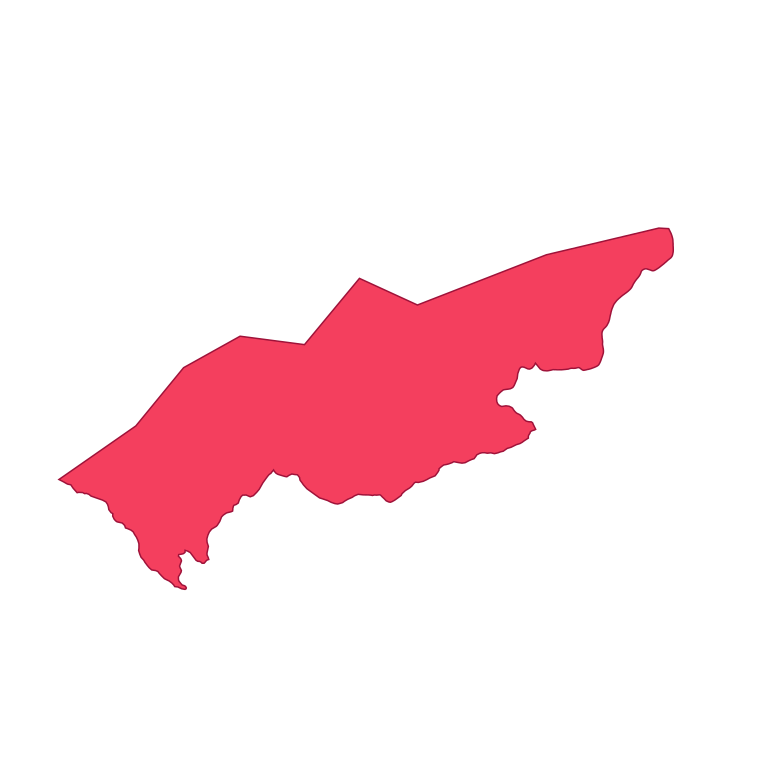 outline of Taklai, Geylegphug, Bhutan, rotated 146°
{"feature_id": "84629894B24283524280478", "entity_name": "Taklai", "entity_type": "district", "adm_level": 2, "iso_a3": "BTN", "parent_name": "Bhutan", "parent_adm1": "Geylegphug", "projection": "orthographic", "projection_center": [90.652, 26.809], "detail": "fine", "context": "isolated", "style": "filled", "palette": "rose", "viewbox_px": 768, "rotation_deg": 146, "n_neighbors": 0, "source": "geoboundaries", "source_scale": "gbopen_adm2", "svg_char_len": 6033}
<svg xmlns="http://www.w3.org/2000/svg" viewBox="0 0 768 768"><g transform="rotate(146 384 384)"><path d="M283.6,261.6L282.9,266.7L282.5,268.9L283.1,270.3L284.9,271.6L286.8,273.6L287.7,276.2L287.8,279.1L288.3,281.9L288.9,283.2L289.6,284.4L290.4,285.8L290.9,288.3L291.0,290.6L290.9,291.8L291.2,293.0L292.7,295.6L295.1,297.7L297.6,298.9L298.9,299.5L299.6,300.4L300.2,301.4L300.5,302.3L300.8,304.1L300.3,306.4L298.8,309.0L296.8,311.0L293.7,311.8L291.2,312.2L289.7,312.3L288.3,312.4L286.7,311.7L283.7,310.2L281.9,309.4L280.6,309.2L279.1,309.1L277.8,309.6L276.7,310.1L275.3,311.0L272.2,313.0L270.6,314.0L269.0,315.8L267.4,317.7L266.2,318.6L263.9,320.3L262.8,321.0L261.0,321.3L259.9,320.9L258.4,319.5L257.1,317.4L256.3,316.1L255.5,315.4L254.8,314.9L253.7,314.7L252.6,314.5L251.5,314.7L248.8,315.5L246.8,316.6L246.4,312.5L246.1,309.1L245.2,307.3L244.5,306.2L243.6,305.4L242.6,304.6L241.6,303.8L240.5,303.2L239.3,302.7L238.1,302.2L237.0,301.8L235.8,301.4L234.8,300.6L233.7,299.9L232.7,299.1L231.7,298.4L230.6,297.7L229.6,297.0L228.5,296.3L227.4,295.7L226.3,295.1L225.2,294.5L224.0,293.9L222.9,293.3L221.7,293.0L220.5,292.6L219.4,292.0L218.4,291.2L217.3,290.5L216.2,289.9L215.0,289.5L213.8,289.0L212.9,288.2L212.5,287.0L212.1,285.8L211.6,284.6L210.8,283.7L209.7,283.2L208.5,282.7L207.3,282.3L206.2,281.8L205.0,281.4L203.8,281.0L202.5,280.7L201.3,280.4L200.0,280.1L198.8,279.9L197.5,279.7L196.3,279.7L195.1,279.9L193.9,280.5L192.8,281.1L191.7,281.8L190.7,282.5L189.7,283.3L188.6,284.1L187.6,284.8L186.6,285.6L185.6,286.4L184.7,287.2L183.9,288.2L183.2,289.3L182.6,290.4L182.1,291.6L181.6,292.7L181.1,293.9L180.5,295.0L179.7,296.0L179.0,297.0L178.4,298.1L177.8,299.3L177.3,300.4L176.6,301.5L176.0,302.6L175.3,303.7L174.5,304.7L173.6,305.5L172.5,306.2L171.3,306.7L170.1,307.0L168.8,307.2L167.6,307.5L166.4,307.9L165.3,308.5L164.2,309.1L163.1,309.7L162.1,310.5L161.1,311.3L160.2,312.2L159.3,313.1L158.4,314.0L157.5,314.8L156.5,315.7L155.6,316.6L154.7,317.4L153.7,318.2L152.7,319.0L151.6,319.7L150.6,320.4L149.5,321.1L148.4,321.7L147.2,322.1L146.0,322.5L144.8,322.9L143.6,323.2L142.3,323.4L141.1,323.6L139.8,323.7L138.6,323.9L137.3,324.0L136.0,324.1L134.8,324.1L133.5,324.2L132.3,324.2L131.0,324.3L129.7,324.4L128.5,324.6L127.2,324.8L126.0,325.1L124.8,325.5L123.7,326.1L122.6,326.7L121.5,327.4L120.3,327.9L119.2,328.4L118.0,328.9L116.8,329.3L115.6,329.7L114.4,330.0L113.2,330.4L112.0,330.8L110.9,331.3L109.7,332.0L108.7,332.7L107.7,333.5L106.5,333.9L105.2,333.9L103.9,333.7L102.8,333.3L101.8,332.5L101.0,331.5L100.2,330.5L99.4,329.5L98.7,328.4L97.8,327.5L96.7,327.0L95.4,326.8L93.3,326.7L92.0,326.7L90.8,326.7L89.5,326.8L88.3,326.9L87.0,327.0L85.7,327.1L84.5,327.2L83.2,327.4L82.0,327.5L80.7,327.7L79.5,327.9L78.2,328.0L76.9,328.1L75.6,328.2L74.4,328.6L73.3,329.1L72.3,329.9L71.4,330.8L70.5,331.7L69.7,332.7L69.0,333.7L68.3,334.8L67.6,335.9L67.0,337.0L66.3,338.0L65.6,339.1L65.0,340.2L64.3,341.3L63.7,342.4L63.2,343.6L62.8,344.8L62.4,346.0L62.1,347.2L61.8,348.4L61.1,353.6L69.0,359.6L136.8,385.1L177.0,400.3L312.1,430.8L345.3,485.3L427.9,461.1L476.6,504.1L541.0,509.6L613.2,488.0L706.9,486.6L704.4,482.1L702.8,478.8L702.1,477.7L700.0,475.6L700.0,471.4L699.2,465.5L697.7,464.9L694.5,462.5L693.5,460.5L691.9,459.7L690.3,457.5L689.6,455.0L687.1,451.6L682.3,445.2L680.5,441.8L680.5,438.8L681.2,436.3L682.4,433.7L682.2,429.9L681.3,428.2L682.8,426.2L683.3,422.8L683.0,420.6L682.4,419.0L680.2,416.7L678.7,415.0L678.1,411.8L678.8,409.2L677.6,407.7L675.5,404.4L674.6,401.7L674.9,398.7L674.9,395.5L675.4,392.4L676.5,388.6L678.9,385.0L680.5,383.2L681.6,379.6L682.3,376.2L681.7,372.2L681.9,369.9L681.7,365.9L681.4,363.0L680.6,359.8L677.6,357.0L676.3,355.0L676.2,352.7L675.7,349.4L674.9,345.4L673.2,342.4L672.3,340.9L671.2,337.8L670.7,335.0L670.8,333.1L668.4,331.0L666.3,327.4L663.8,325.0L662.6,324.9L661.9,325.5L661.7,327.2L662.3,328.5L663.7,330.2L664.0,332.3L664.2,335.1L663.9,336.5L662.3,339.1L657.6,341.4L656.3,342.6L656.0,344.1L655.8,345.7L655.3,347.4L650.8,350.6L650.3,352.1L650.2,353.1L650.4,354.3L650.7,356.2L649.6,357.4L646.6,356.0L645.0,355.5L643.1,355.7L641.9,357.4L640.0,354.9L639.5,353.7L638.9,352.8L638.5,345.2L638.4,342.9L637.5,341.1L636.0,339.9L635.3,338.5L635.1,337.2L633.4,336.0L632.4,336.2L629.7,337.0L628.3,336.8L627.4,336.5L626.8,338.4L626.3,341.2L625.3,342.8L620.4,347.6L619.2,351.7L617.5,354.6L614.6,357.1L611.6,359.0L608.0,360.1L602.6,359.8L601.2,360.1L597.0,361.9L592.9,364.7L590.4,365.2L586.6,365.2L582.3,363.6L580.6,363.3L579.6,364.4L579.0,365.3L577.1,367.0L576.2,367.4L574.1,366.8L571.4,366.8L568.7,368.9L565.4,370.6L563.3,370.9L561.5,369.7L560.4,369.1L559.2,367.2L558.0,365.3L554.7,364.5L550.1,365.4L546.3,366.5L539.7,369.8L535.1,371.5L532.0,372.6L529.8,373.2L527.7,373.2L525.4,374.0L523.6,374.5L523.8,373.3L523.4,370.3L522.5,368.5L521.4,367.1L519.3,364.5L517.6,362.5L516.4,361.4L513.7,361.4L510.7,360.9L508.9,359.1L506.5,357.1L506.3,353.6L506.8,352.7L507.4,351.1L507.2,348.1L507.2,345.6L506.5,340.4L505.8,338.4L503.1,331.0L501.1,325.6L499.1,323.1L495.9,318.9L494.0,315.5L491.6,312.3L489.5,310.4L486.9,309.5L484.6,308.8L482.1,308.9L478.6,308.7L473.7,307.8L470.9,307.8L467.1,307.0L463.2,303.7L458.9,300.7L456.8,299.0L456.0,298.1L453.9,297.3L452.3,296.0L449.8,294.7L449.0,293.9L448.5,291.0L448.1,289.4L447.5,285.9L446.0,283.5L444.8,282.4L443.3,282.0L440.1,281.7L436.7,281.8L432.1,282.0L430.4,283.0L427.8,283.4L425.8,283.7L421.7,283.5L420.6,283.5L418.1,283.8L414.3,285.0L412.8,285.0L410.6,283.2L408.5,282.4L405.9,281.4L402.1,280.8L398.6,280.5L392.9,279.3L388.9,280.7L386.6,281.8L385.7,283.0L382.5,283.4L379.8,283.5L377.3,282.4L375.1,281.6L371.5,280.7L369.6,280.6L366.5,277.5L363.6,274.8L360.8,273.4L356.2,272.9L353.5,272.4L351.1,271.7L347.7,272.9L346.8,273.4L343.4,273.0L341.2,272.2L338.9,270.7L337.1,268.9L333.9,267.2L331.4,264.5L328.0,263.2L325.4,262.6L322.7,261.6L317.8,261.7L314.1,260.5L308.2,259.7L304.6,258.6L302.1,258.4L300.2,258.5L299.1,258.5L296.7,258.5L294.6,258.4L293.6,259.9L292.6,260.7L290.5,261.6L289.6,262.4L288.1,262.6L286.8,262.3L284.9,261.7L283.6,261.6Z" fill="#f43f5e" stroke="#9f1239" stroke-width="1.5"/></g></svg>